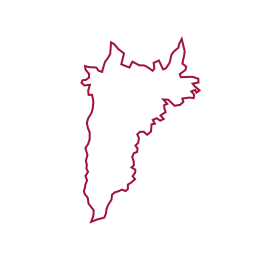 Pinhal de São Bento, Paraná, Brazil (Robinson projection), rotated 106°
{"feature_id": "56859067B18957785190727", "entity_name": "Pinhal de São Bento", "entity_type": "district", "adm_level": 2, "iso_a3": "BRA", "parent_name": "Brazil", "parent_adm1": "Paraná", "projection": "robinson", "projection_center": [-53.481, -26.012], "detail": "fine", "context": "isolated", "style": "outline", "palette": "rose", "viewbox_px": 256, "rotation_deg": 106, "n_neighbors": 0, "source": "geoboundaries", "source_scale": "gbopen_adm2", "svg_char_len": 1803}
<svg xmlns="http://www.w3.org/2000/svg" viewBox="0 0 256 256"><g transform="rotate(106 128 128)"><path d="M61.0,80.2L64.6,91.2L62.0,93.1L56.4,88.8L53.0,88.9L51.1,93.5L42.0,94.1L38.6,94.7L34.1,97.2L27.6,100.9L33.5,102.0L37.0,101.7L41.3,104.7L45.5,106.4L53.9,106.0L60.2,108.0L62.0,110.4L54.6,116.9L58.3,121.3L63.6,119.0L66.2,120.1L64.1,126.1L63.4,129.7L64.6,134.5L63.0,142.0L69.5,143.3L68.6,152.0L57.4,152.4L54.9,158.9L51.1,164.6L50.4,167.9L61.9,165.5L66.5,166.7L70.7,168.3L77.9,168.5L81.2,168.3L81.1,172.0L78.6,175.2L80.2,182.0L80.3,186.4L83.7,184.8L86.7,180.4L90.2,179.3L93.4,181.8L94.6,184.8L97.3,185.2L99.1,181.6L97.0,176.5L103.1,176.6L107.0,175.0L106.0,171.7L109.0,170.1L112.8,168.3L115.9,167.9L118.8,167.3L123.0,167.2L126.5,168.0L129.2,168.9L134.5,169.0L139.1,166.5L142.9,163.6L149.1,161.8L154.2,161.9L159.1,163.4L165.2,159.5L171.0,159.5L174.7,157.4L178.3,156.9L181.1,154.3L185.8,155.7L189.7,152.9L194.4,153.4L197.3,152.9L200.8,153.1L203.4,151.3L206.3,147.4L211.6,145.1L216.5,138.4L220.4,137.3L223.4,137.1L228.4,137.6L224.5,132.5L220.7,126.1L216.6,125.6L211.6,126.3L207.5,125.9L201.4,124.1L196.5,125.0L193.4,122.8L191.2,119.4L188.9,116.9L189.3,113.0L186.7,111.3L182.4,112.5L180.1,110.3L175.3,107.1L173.0,110.3L169.0,108.8L166.0,109.5L165.0,113.7L162.1,112.1L158.7,113.2L154.6,116.0L150.5,115.4L148.6,112.7L145.0,113.1L143.0,116.0L139.4,114.1L134.6,114.7L131.7,117.3L128.4,115.5L127.3,111.8L129.2,107.7L125.1,104.9L120.8,105.8L118.0,106.4L116.5,103.4L113.4,106.4L110.7,103.1L112.1,99.0L109.5,96.2L106.9,100.2L102.4,96.2L98.8,98.6L96.0,99.5L94.0,96.9L90.8,101.9L89.7,97.1L93.8,89.4L91.4,84.3L87.6,82.0L84.7,83.9L83.3,80.6L81.8,77.4L81.2,73.1L77.7,73.6L75.4,77.2L72.9,74.0L75.1,71.9L72.1,69.6L69.5,75.4L67.5,78.1L64.9,72.8L61.3,74.0L61.0,80.2Z" fill="none" stroke="#9f1239" stroke-width="2"/></g></svg>